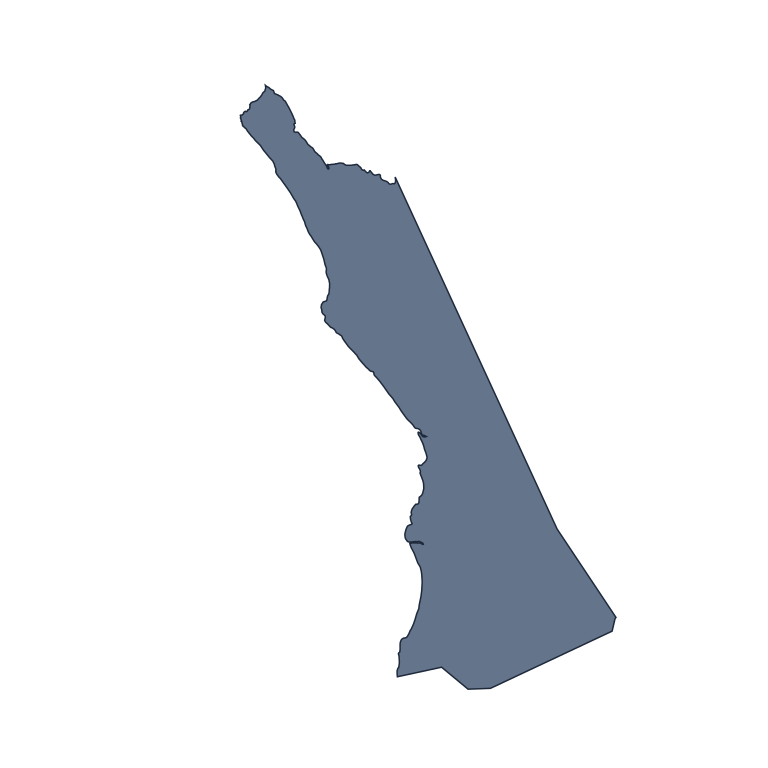 Bata, Litoral, Equatorial Guinea, rotated 335°
{"feature_id": "11065452B98139425844484", "entity_name": "Bata", "entity_type": "district", "adm_level": 2, "iso_a3": "GNQ", "parent_name": "Equatorial Guinea", "parent_adm1": "Litoral", "projection": "robinson", "projection_center": [9.804, 2.002], "detail": "fine", "context": "isolated", "style": "filled", "palette": "slate", "viewbox_px": 768, "rotation_deg": 335, "n_neighbors": 0, "source": "geoboundaries", "source_scale": "gbopen_adm2", "svg_char_len": 6068}
<svg xmlns="http://www.w3.org/2000/svg" viewBox="0 0 768 768"><g transform="rotate(335 384 384)"><path d="M481.6,201.1L480.7,204.0L480.1,205.2L479.2,206.4L478.1,206.9L476.5,206.0L476.1,205.9L475.3,206.0L473.6,205.3L472.9,203.9L472.9,203.2L472.1,201.7L471.4,200.9L469.2,198.9L468.4,197.6L468.2,197.0L468.2,194.9L468.8,193.6L468.9,193.2L468.7,192.6L468.4,192.2L468.0,191.9L466.5,191.5L465.1,191.3L463.9,190.8L463.6,190.5L462.8,189.6L462.4,188.1L462.1,187.5L462.2,187.2L462.0,186.8L461.6,184.9L461.1,184.7L460.3,185.4L459.7,185.7L458.4,185.7L458.0,185.5L457.8,185.2L457.4,184.4L456.5,181.6L456.1,181.6L455.8,181.7L455.3,181.4L454.7,180.7L454.7,180.3L454.4,179.7L454.4,178.1L454.3,177.6L453.5,176.5L453.3,175.6L452.6,174.0L452.1,173.5L450.8,173.0L449.7,172.8L447.9,172.2L447.2,172.1L442.8,170.1L442.0,169.6L441.3,168.7L441.1,168.4L440.4,166.9L440.1,166.9L439.7,166.5L438.3,165.5L436.3,164.7L434.9,164.6L433.0,163.9L432.1,163.9L428.8,162.6L428.2,162.6L426.9,162.1L425.6,161.2L425.1,161.4L425.4,163.0L425.5,164.5L425.2,165.4L424.3,165.7L423.9,164.9L423.9,164.1L424.0,161.7L423.7,160.5L423.6,159.4L423.4,158.3L423.1,155.1L422.8,153.5L422.8,152.2L422.6,151.1L422.2,150.2L421.1,148.2L421.0,147.5L419.5,144.2L419.2,140.4L418.5,138.9L417.8,138.0L417.3,136.6L416.3,134.7L416.0,131.8L415.7,130.0L415.5,129.3L414.7,127.4L413.9,126.2L413.7,125.4L413.4,123.4L412.7,120.2L412.4,119.5L412.0,119.2L411.4,118.8L410.6,118.7L409.4,117.8L409.2,117.5L409.4,116.2L409.9,115.1L411.3,114.1L411.8,113.3L412.1,110.7L412.7,110.1L413.7,110.2L414.0,108.8L414.5,107.8L414.7,106.9L414.5,105.1L414.7,104.1L414.8,100.3L414.7,96.3L414.6,93.0L414.3,90.4L414.3,89.6L414.1,87.6L414.1,86.6L413.9,85.6L413.0,84.2L412.9,82.6L412.6,81.3L412.1,80.2L411.8,79.6L409.8,76.9L407.7,74.7L407.5,74.3L407.8,71.3L407.3,70.7L406.1,69.2L405.5,68.0L405.0,66.8L404.2,65.6L403.3,64.5L402.7,63.2L402.1,65.3L401.7,66.0L400.9,66.8L400.0,68.0L396.9,69.1L395.7,70.2L393.2,71.6L391.9,72.0L389.6,73.0L388.9,73.2L386.2,73.3L384.4,72.9L383.3,72.9L382.5,73.0L381.7,73.3L380.8,74.0L380.5,74.5L380.3,74.4L380.2,74.9L379.4,76.5L378.6,77.6L378.0,78.0L376.9,78.1L376.7,78.0L376.3,78.1L375.8,78.6L374.9,79.1L374.2,78.9L373.8,78.3L373.4,78.2L372.5,78.4L372.0,78.5L371.8,78.6L371.5,79.0L371.3,79.0L371.0,79.5L370.5,79.9L369.7,80.0L369.0,80.3L367.5,79.7L367.4,79.8L367.6,80.0L367.0,81.1L366.8,81.8L366.6,82.1L366.3,82.2L366.2,82.5L366.3,83.3L366.1,84.7L366.1,85.1L365.9,85.3L365.6,85.4L365.9,85.9L366.0,86.3L365.5,87.5L365.6,87.9L365.4,89.3L365.1,89.5L365.2,90.1L365.1,90.5L366.0,92.4L366.2,93.2L366.7,94.0L367.0,95.1L367.1,96.8L367.3,97.7L367.8,99.3L367.7,99.9L368.2,101.2L368.5,102.8L369.6,105.8L370.1,107.9L370.2,108.7L372.8,115.6L373.6,121.3L374.3,123.8L375.9,130.3L377.4,134.9L377.5,138.4L377.1,140.0L376.9,143.0L376.7,143.9L375.5,146.1L375.5,148.6L376.2,152.1L376.9,153.9L379.0,165.1L380.0,171.0L380.6,177.9L381.2,180.9L381.2,183.9L381.0,185.7L381.1,191.3L380.7,195.9L380.7,198.1L380.5,200.6L380.6,203.1L379.9,207.6L380.0,210.1L379.7,214.1L379.9,217.2L380.3,218.6L381.1,225.6L382.0,228.5L382.8,231.9L383.3,235.7L383.0,238.7L382.2,245.5L381.0,251.0L380.8,254.2L380.5,255.2L380.0,256.4L379.5,256.8L378.5,259.2L378.4,260.0L378.1,263.1L378.2,265.0L378.0,266.0L378.1,266.6L377.7,267.6L377.3,269.6L376.9,270.6L376.2,271.8L375.7,273.1L374.9,274.3L372.9,277.9L372.2,278.9L370.2,280.3L369.5,281.1L367.7,283.7L367.2,284.2L366.6,284.3L365.3,284.1L364.2,284.1L363.6,283.9L361.8,285.1L361.0,285.5L359.4,287.9L359.2,288.4L359.1,288.8L359.1,289.9L358.5,291.7L358.1,292.6L358.2,293.6L358.2,294.4L359.4,297.1L359.3,297.9L359.1,298.6L357.1,301.2L357.1,302.7L357.3,303.5L358.4,306.3L359.5,309.8L359.9,310.5L360.5,310.8L361.5,312.5L362.1,313.6L362.4,315.3L362.5,317.3L363.4,318.6L364.0,319.2L364.9,321.0L365.6,321.9L365.9,322.8L365.9,324.2L365.8,325.2L366.2,327.9L367.6,335.0L368.5,337.7L370.3,342.6L370.8,344.4L371.5,346.4L371.9,350.6L373.2,355.4L374.2,358.6L375.0,361.4L376.0,363.5L376.7,365.6L377.2,366.5L377.4,366.8L379.4,368.3L379.5,369.7L379.3,370.0L379.1,370.7L379.0,372.3L380.0,375.1L381.2,379.3L382.7,386.4L384.2,395.1L385.9,400.9L386.3,404.7L387.8,411.8L388.0,414.1L388.3,416.4L390.0,425.1L390.8,427.5L391.5,429.0L393.0,433.6L393.0,434.2L393.5,436.7L394.1,437.6L394.8,438.1L395.2,438.3L396.2,439.0L397.2,440.7L397.5,442.8L397.1,443.5L397.1,446.4L399.0,447.9L400.2,449.5L398.6,449.3L397.5,448.5L396.8,447.8L396.4,445.0L395.4,442.7L395.2,442.3L394.7,442.2L394.3,442.5L393.8,444.2L394.1,447.7L394.0,450.2L394.1,452.1L394.0,454.9L393.6,458.2L393.2,459.7L393.0,462.2L392.8,464.7L392.0,468.9L390.0,471.0L387.7,472.1L385.8,472.6L384.3,473.3L383.3,473.5L381.3,472.2L380.4,472.6L380.1,474.4L380.3,475.9L380.3,477.8L379.8,479.2L379.0,479.9L378.4,487.9L378.0,490.1L377.3,492.2L375.8,495.7L373.8,498.2L372.8,499.4L371.5,500.5L369.2,501.4L368.3,501.4L367.6,502.2L366.9,503.8L365.5,506.3L364.5,506.9L363.5,507.1L362.0,506.4L359.9,507.3L356.8,509.1L355.0,510.9L354.3,511.9L353.9,513.7L353.6,514.4L352.5,515.0L351.8,515.2L351.1,517.1L350.8,518.2L350.4,521.0L350.5,522.0L350.4,522.5L350.0,522.7L349.4,522.8L348.3,522.6L345.8,522.6L344.6,523.2L342.5,525.1L341.4,526.4L340.1,528.0L339.2,529.4L338.2,532.5L338.2,533.7L338.7,536.5L339.3,537.4L341.6,538.6L345.1,539.8L346.2,540.1L347.3,541.0L348.7,541.2L349.6,541.7L350.3,542.5L351.8,544.4L352.0,545.2L351.9,545.9L351.5,545.9L350.9,545.2L350.1,544.0L348.9,542.9L347.4,542.6L346.4,541.7L344.8,541.1L343.1,540.2L342.2,539.9L340.0,539.5L339.8,540.4L339.5,544.2L339.8,549.2L339.7,551.9L339.0,560.4L339.5,565.3L338.7,569.3L337.7,572.6L336.2,576.4L334.8,579.9L330.8,587.3L327.7,592.2L322.5,599.2L320.7,602.2L316.5,606.1L312.8,610.4L309.2,614.1L304.9,617.8L303.4,618.6L301.1,620.8L299.0,622.3L297.5,623.1L296.6,623.2L295.3,622.9L294.4,622.6L293.7,622.6L292.0,622.9L290.7,623.9L289.3,625.4L287.9,628.1L286.6,631.0L285.2,633.4L283.7,634.0L283.1,634.4L282.6,637.0L280.6,642.1L279.6,644.0L278.2,646.2L277.3,647.3L276.6,647.4L274.7,649.4L273.4,652.2L272.4,655.0L316.5,665.0L331.2,696.1L351.8,704.8L486.3,704.4L494.0,694.6L494.4,694.3L495.6,693.6L479.6,588.6L481.6,201.1Z" fill="#64748b" stroke="#1e293b" stroke-width="1.5"/></g></svg>